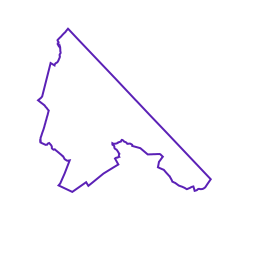 outline of Amatenango de la Frontera, Chiapas, Mexico, rotated 287°
{"feature_id": "50627088B96340136292286", "entity_name": "Amatenango de la Frontera", "entity_type": "district", "adm_level": 2, "iso_a3": "MEX", "parent_name": "Mexico", "parent_adm1": "Chiapas", "projection": "albers", "projection_center": [-92.105, 15.523], "detail": "fine", "context": "isolated", "style": "outline", "palette": "violet", "viewbox_px": 256, "rotation_deg": 287, "n_neighbors": 0, "source": "geoboundaries", "source_scale": "gbopen_adm2", "svg_char_len": 4086}
<svg xmlns="http://www.w3.org/2000/svg" viewBox="0 0 256 256"><g transform="rotate(287 128 128)"><path d="M88.6,48.6L88.3,50.4L88.0,52.6L87.8,54.2L88.5,55.6L89.2,55.7L89.8,56.0L90.6,57.0L89.1,59.5L88.1,60.5L86.4,61.1L85.8,62.1L85.5,63.3L86.2,64.2L85.9,64.9L85.6,65.4L85.4,66.0L85.2,66.4L84.9,67.2L84.6,67.9L84.4,68.3L84.3,68.7L84.1,69.1L83.9,69.5L83.8,69.8L83.6,70.2L83.4,70.6L83.3,71.0L82.8,72.1L82.6,72.4L82.5,72.9L82.3,73.3L82.1,73.7L82.0,74.0L81.9,74.0L81.9,74.3L81.5,74.7L79.7,76.5L79.1,78.6L79.0,79.1L78.9,79.4L79.1,79.9L80.0,81.7L66.0,80.7L55.1,79.4L52.8,78.4L50.6,93.4L63.9,103.8L61.1,107.0L65.5,110.0L77.3,117.9L84.0,123.8L90.3,129.4L95.0,124.5L95.7,125.0L96.1,125.4L96.4,125.9L96.7,126.8L97.0,127.0L97.5,127.2L97.8,127.6L97.9,128.0L98.6,127.5L99.0,127.3L99.4,127.2L99.8,127.2L100.3,127.3L100.8,127.3L101.0,127.1L101.2,126.6L101.8,126.0L102.2,125.6L102.7,125.0L103.3,124.3L104.0,123.3L104.1,122.6L104.3,121.9L104.4,121.6L104.7,121.1L105.3,120.7L105.7,120.5L106.2,120.4L106.8,120.0L107.1,119.3L107.3,118.6L107.5,118.0L108.5,117.6L108.9,117.5L108.7,118.4L108.7,118.7L109.4,120.8L109.8,121.4L110.5,122.4L110.6,122.5L111.0,122.5L111.6,123.2L111.9,123.6L113.0,125.2L113.5,125.2L113.8,125.2L114.2,125.3L114.8,125.5L114.9,126.0L114.8,126.5L114.7,126.7L114.5,127.2L114.3,127.6L114.2,127.8L113.9,128.2L113.8,129.0L113.8,129.5L113.8,129.9L113.7,130.2L113.5,130.7L113.3,131.1L113.2,131.2L113.2,131.3L112.7,131.9L112.8,132.3L113.0,132.9L113.2,133.2L113.3,133.4L113.5,134.0L113.7,134.8L113.6,135.3L113.5,135.6L113.4,136.0L113.2,136.9L113.0,137.0L112.6,137.2L112.1,137.3L112.3,144.9L112.3,145.7L108.5,154.6L110.1,159.3L110.4,160.0L110.9,161.6L111.2,162.5L111.5,163.2L112.1,165.2L112.3,165.5L112.3,166.7L111.9,167.4L111.7,167.8L111.3,168.6L110.7,169.7L109.6,169.2L109.4,169.2L108.0,168.7L106.5,168.2L104.6,167.5L104.0,167.6L102.2,167.8L100.2,168.0L99.2,168.1L98.9,170.3L98.8,171.4L98.6,172.9L98.5,174.4L97.6,175.8L96.7,177.2L95.8,178.7L95.0,180.1L94.4,181.0L94.2,181.4L94.0,182.0L93.3,182.6L92.2,183.8L92.0,184.0L90.9,185.1L89.6,186.2L89.6,186.9L89.3,188.6L89.3,189.2L88.8,190.5L88.2,192.3L87.8,193.3L87.8,194.0L87.7,195.0L87.7,195.5L87.7,196.6L87.6,197.3L87.4,198.9L87.3,199.8L87.1,200.3L86.7,202.1L87.1,202.7L87.4,203.0L87.9,203.6L88.7,204.6L88.8,204.7L89.6,205.4L90.0,205.9L90.6,206.6L91.2,207.6L90.2,208.3L89.3,208.9L88.5,209.4L87.9,209.8L87.4,210.1L88.0,211.1L88.8,212.1L89.9,212.7L90.5,213.5L90.6,213.8L90.7,215.2L91.0,216.0L91.2,216.5L91.4,216.9L91.9,217.6L92.1,217.9L92.8,218.4L93.7,219.1L93.8,219.2L95.2,219.6L95.5,219.7L96.9,220.1L98.8,220.7L101.3,221.5L103.2,222.1L135.4,165.3L146.9,144.8L155.4,129.9L156.2,128.5L157.1,126.8L160.5,120.9L163.5,115.6L169.8,104.6L198.0,54.6L205.2,42.0L205.4,41.6L203.5,40.8L201.8,40.1L201.4,40.1L200.2,39.3L199.8,39.1L199.4,38.9L199.0,38.7L198.8,38.6L198.7,38.5L198.3,38.3L198.0,38.2L197.4,37.9L197.2,37.8L196.0,37.3L194.8,36.6L194.3,36.3L193.7,36.0L192.3,35.3L191.5,34.9L191.4,34.9L191.0,35.1L190.2,36.0L189.7,36.6L189.3,36.6L188.5,36.5L188.3,36.1L188.0,36.2L187.8,36.2L187.7,36.5L187.2,36.7L187.0,36.9L187.0,37.2L187.2,37.5L187.1,37.8L186.9,38.0L186.7,38.2L186.5,37.9L186.4,37.7L186.2,37.7L185.9,38.0L185.7,38.3L185.6,38.8L185.9,39.1L186.0,39.1L185.7,39.3L185.4,39.2L185.1,39.3L185.1,39.6L184.7,39.8L184.4,39.9L183.9,40.0L183.3,40.3L182.4,40.6L181.8,40.7L181.1,41.2L180.5,41.5L179.6,41.6L179.2,41.4L178.4,41.2L177.8,41.2L177.1,41.6L176.7,41.9L176.1,41.9L175.5,42.1L174.9,42.0L174.2,41.9L173.2,41.8L172.1,41.7L171.2,41.5L170.2,41.2L169.5,40.6L168.8,39.9L168.1,39.6L167.1,39.3L166.4,39.4L167.5,35.0L165.7,35.1L133.1,36.7L131.4,36.0L128.2,33.9L126.5,38.2L126.3,38.9L125.6,40.6L125.6,40.8L125.4,41.0L125.3,41.5L125.2,41.6L124.8,42.2L124.2,42.9L123.3,44.5L122.2,45.9L121.5,47.1L118.3,47.2L117.3,47.3L116.4,47.3L115.4,47.3L114.0,47.3L112.8,47.4L111.6,47.4L109.8,47.4L108.9,47.5L108.0,47.5L106.5,47.5L105.0,47.6L103.7,47.6L103.3,47.6L103.0,47.6L101.7,47.6L99.9,47.5L97.8,47.4L95.6,47.4L93.5,47.3L93.0,47.3L91.1,47.8L90.8,47.9L90.7,48.0L89.2,48.6L89.5,48.0L89.2,48.1L89.0,48.4L88.8,48.6L88.6,48.6Z" fill="none" stroke="#5b21b6" stroke-width="2"/></g></svg>